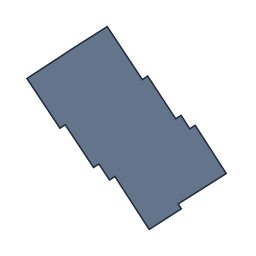 Nance, Nebraska, United States of America, rotated 237°
{"feature_id": "52423323B96029767188282", "entity_name": "Nance", "entity_type": "district", "adm_level": 2, "iso_a3": "USA", "parent_name": "United States of America", "parent_adm1": "Nebraska", "projection": "albers", "projection_center": [-98.037, 41.395], "detail": "fine", "context": "isolated", "style": "filled", "palette": "slate", "viewbox_px": 256, "rotation_deg": 237, "n_neighbors": 0, "source": "geoboundaries", "source_scale": "gbopen_adm2", "svg_char_len": 415}
<svg xmlns="http://www.w3.org/2000/svg" viewBox="0 0 256 256"><g transform="rotate(237 128 128)"><path d="M31.4,90.5L31.2,128.7L32.8,128.7L37.0,128.7L36.3,185.6L93.7,185.8L93.7,179.4L109.7,179.4L109.7,173.0L160.9,172.8L160.8,166.4L224.4,165.8L224.8,128.1L224.6,70.2L183.1,70.6L164.8,70.8L164.9,77.1L113.6,77.6L113.6,84.0L94.4,84.2L94.5,90.6L31.4,90.5Z" fill="#64748b" stroke="#1e293b" stroke-width="1.5"/></g></svg>